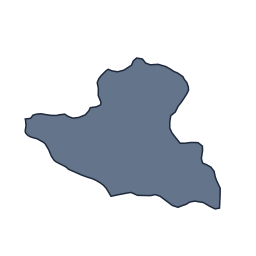 outline of Ryongrim, Chagang-do, North Korea, rotated 99°
{"feature_id": "82179303B90804961571919", "entity_name": "Ryongrim", "entity_type": "district", "adm_level": 2, "iso_a3": "PRK", "parent_name": "North Korea", "parent_adm1": "Chagang-do", "projection": "orthographic", "projection_center": [126.759, 40.48], "detail": "fine", "context": "isolated", "style": "filled", "palette": "slate", "viewbox_px": 256, "rotation_deg": 99, "n_neighbors": 0, "source": "geoboundaries", "source_scale": "gbopen_adm2", "svg_char_len": 1622}
<svg xmlns="http://www.w3.org/2000/svg" viewBox="0 0 256 256"><g transform="rotate(99 128 128)"><path d="M198.1,134.1L195.5,127.4L193.8,122.6L192.0,117.7L191.2,114.8L193.0,108.0L192.1,101.2L191.3,95.4L189.5,90.5L190.4,85.6L194.0,78.8L197.6,72.0L198.5,66.2L196.8,63.3L194.1,58.4L191.5,55.5L189.8,50.7L189.8,46.8L189.8,43.9L189.8,41.9L192.5,35.1L194.3,29.3L192.8,25.1L187.3,25.7L180.2,26.5L173.1,27.5L166.1,32.3L162.6,34.2L157.3,36.2L153.7,40.0L151.9,44.9L151.0,48.8L146.6,50.8L142.2,50.8L138.6,50.8L134.2,51.7L131.5,56.6L132.4,63.4L134.1,69.2L134.9,74.1L130.5,79.0L126.0,83.8L121.6,86.7L115.4,87.7L109.2,87.7L104.8,83.8L98.7,81.9L93.4,79.0L89.0,77.0L84.6,75.1L81.1,74.1L77.5,75.0L77.0,75.4L74.0,77.0L71.3,79.9L68.7,81.8L65.9,87.7L65.0,91.5L63.2,95.4L61.4,100.3L60.4,108.1L61.2,111.9L62.1,115.8L61.1,120.7L57.6,124.6L57.5,130.4L61.0,133.3L65.4,134.3L71.5,141.1L74.1,147.0L74.1,152.8L73.1,156.7L73.9,157.6L74.9,158.6L80.2,162.5L83.7,164.5L88.1,165.5L93.4,163.5L100.5,162.5L106.8,158.7L109.4,158.7L112.0,162.5L113.8,168.4L117.3,169.4L121.7,172.3L125.2,178.1L126.9,183.9L126.0,188.8L124.2,192.7L125.9,198.5L126.8,200.5L127.6,206.3L127.6,212.1L127.5,216.0L128.4,219.9L130.1,223.8L133.7,225.7L134.5,228.6L135.2,230.9L135.7,230.6L141.5,229.1L146.3,229.1L148.2,228.8L150.0,227.2L151.2,225.2L151.9,223.3L152.6,219.0L152.7,216.8L155.3,209.3L156.6,207.3L161.9,202.9L167.8,199.3L171.3,196.1L172.5,194.1L173.8,190.5L175.6,184.7L176.6,182.4L178.0,180.5L178.2,179.8L181.7,166.6L182.9,160.4L183.5,156.0L184.0,154.0L184.5,152.0L186.6,146.6L188.3,143.4L191.1,139.9L198.1,134.1Z" fill="#64748b" stroke="#1e293b" stroke-width="1.5"/></g></svg>